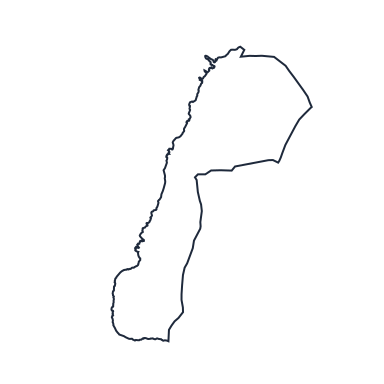 outline of Domoni, Andjouân, Comoros, rotated 218°
{"feature_id": "10938185B41806506469500", "entity_name": "Domoni", "entity_type": "district", "adm_level": 2, "iso_a3": "COM", "parent_name": "Comoros", "parent_adm1": "Andjouân", "projection": "albers", "projection_center": [44.503, -12.179], "detail": "fine", "context": "isolated", "style": "outline", "palette": "slate", "viewbox_px": 384, "rotation_deg": 218, "n_neighbors": 0, "source": "geoboundaries", "source_scale": "gbopen_adm2", "svg_char_len": 6010}
<svg xmlns="http://www.w3.org/2000/svg" viewBox="0 0 384 384"><g transform="rotate(218 192 192)"><path d="M243.4,336.2L244.3,334.6L244.5,333.5L244.5,332.2L245.2,331.1L245.8,330.4L247.8,329.0L248.8,328.1L249.1,326.0L248.8,322.8L249.2,321.1L249.3,319.5L252.0,315.9L253.3,315.0L254.1,314.0L254.2,313.4L253.8,311.3L254.8,311.4L255.1,311.3L255.1,310.9L253.9,309.8L254.0,308.9L253.9,308.4L254.2,307.9L254.4,307.8L255.1,307.9L255.8,308.6L257.1,308.9L259.9,308.2L260.8,308.5L261.6,308.2L263.2,308.4L265.0,307.9L265.3,307.2L264.4,306.4L263.3,305.9L262.6,305.9L261.4,306.4L261.0,306.4L259.8,306.0L257.6,305.9L257.0,305.2L256.6,305.2L256.4,305.0L256.2,304.2L255.9,304.0L254.6,304.2L254.1,304.7L252.7,304.4L252.2,304.9L251.8,305.0L251.5,304.8L251.3,304.5L251.4,303.9L251.2,303.5L251.2,303.2L251.6,302.8L252.0,301.9L252.5,301.8L253.5,302.1L253.6,301.9L253.6,301.2L254.5,300.6L254.5,299.9L254.4,299.6L253.8,299.1L253.9,298.7L253.6,298.4L253.1,298.2L253.4,296.0L254.0,295.5L255.3,295.8L257.0,295.5L256.6,295.1L255.5,294.8L254.7,294.7L253.9,295.0L253.7,294.9L253.3,293.8L253.2,291.1L253.6,289.9L253.3,288.5L253.4,287.6L254.1,286.4L254.9,287.1L255.7,287.2L256.5,286.9L256.7,286.4L256.5,286.2L255.5,285.9L254.9,285.1L254.0,285.4L253.5,285.9L253.0,285.7L252.4,285.9L252.1,285.6L252.3,285.1L251.3,284.5L251.2,284.2L251.5,283.1L250.8,280.8L250.9,279.0L249.8,276.3L249.0,275.9L248.7,275.3L248.3,274.4L248.2,272.7L247.8,271.9L247.1,271.1L247.0,269.9L246.5,269.0L246.4,268.4L245.7,266.9L245.7,266.4L245.9,265.6L246.7,263.5L247.0,263.4L247.3,263.5L247.6,263.4L248.1,262.7L248.8,261.4L248.2,259.3L247.3,258.4L246.7,258.6L246.1,257.9L245.2,256.0L244.1,255.6L243.9,255.3L243.0,252.1L242.8,251.7L242.5,251.5L241.6,251.4L240.6,251.0L240.1,250.9L239.2,250.1L238.9,248.4L238.9,247.8L239.3,247.3L239.2,247.1L238.4,247.1L238.2,246.6L238.2,246.3L238.4,246.0L239.5,245.1L239.4,243.8L238.9,243.8L238.8,243.4L238.3,243.3L238.2,242.9L237.4,238.8L237.3,237.2L237.1,236.8L236.5,235.9L235.9,235.5L235.7,235.1L235.7,232.7L235.4,232.2L235.4,228.9L235.9,227.2L236.7,226.1L237.5,225.3L237.9,224.4L237.9,223.0L238.1,221.2L237.8,219.4L237.5,219.0L236.2,218.2L235.3,217.4L234.2,215.2L233.7,214.4L233.6,213.5L233.9,213.2L234.9,213.3L236.4,212.2L236.2,211.7L236.4,211.6L236.3,211.3L236.5,210.7L236.3,210.6L236.4,210.2L235.7,210.2L235.4,209.9L234.6,209.7L234.3,209.3L234.6,208.8L234.5,208.4L233.5,208.0L234.2,207.5L234.1,207.4L234.1,207.1L234.6,206.6L234.6,206.3L234.3,205.9L234.5,205.6L234.3,205.3L234.4,205.1L234.3,204.5L233.9,204.3L233.8,203.8L233.3,203.7L232.8,203.9L232.5,203.7L231.7,202.3L231.4,200.9L230.9,200.6L229.8,199.6L228.0,194.2L227.8,191.7L223.5,188.4L222.4,187.1L222.0,186.1L219.7,184.0L218.7,182.5L216.6,177.5L215.6,174.8L214.7,171.4L213.2,168.9L212.9,166.1L213.2,165.4L213.1,165.1L213.2,164.0L213.0,163.7L211.8,162.9L210.6,160.0L210.2,158.7L210.1,157.3L209.3,156.4L209.3,155.8L210.9,153.9L210.8,152.9L210.9,152.5L211.5,151.7L211.5,151.2L211.4,150.8L210.8,150.1L209.1,148.9L208.8,147.4L209.1,146.8L209.1,146.5L209.0,146.1L208.1,145.9L207.4,143.9L207.5,143.2L207.1,142.6L207.2,141.3L207.4,141.1L207.5,140.5L208.5,139.8L208.6,139.4L208.3,139.0L207.4,138.8L207.2,138.5L206.6,138.5L206.4,138.0L206.9,137.2L207.3,136.2L207.2,135.0L208.4,133.4L208.5,133.1L208.4,132.8L208.0,132.6L207.5,131.2L206.5,130.6L206.1,130.0L206.6,129.1L206.7,127.4L206.4,125.6L205.7,125.1L204.1,124.8L202.1,124.5L200.5,124.6L200.2,124.4L199.8,123.8L200.3,123.2L201.5,123.0L201.2,122.3L201.4,122.2L202.1,122.2L202.6,121.7L202.3,121.3L202.5,120.7L202.0,120.0L202.1,119.3L201.7,118.7L202.2,118.1L202.7,118.0L202.7,116.7L201.6,116.0L201.4,116.1L201.1,115.9L200.7,115.9L200.4,115.4L199.6,115.4L199.6,115.1L200.5,114.7L201.1,114.1L201.7,114.5L202.3,114.3L202.3,112.7L201.1,112.2L201.1,111.5L200.8,111.1L200.2,111.0L199.7,111.1L198.3,111.3L197.4,111.7L197.3,111.0L195.5,109.2L194.0,108.2L193.4,108.1L192.7,107.8L191.9,107.8L190.9,106.5L191.0,104.3L190.4,103.3L190.1,102.2L189.7,101.8L189.6,101.0L189.9,99.7L190.4,99.1L190.5,98.5L191.1,97.5L191.1,96.9L191.5,96.3L192.5,95.6L192.7,95.2L193.0,93.6L193.7,93.1L194.0,92.5L194.3,92.3L194.3,92.0L194.8,91.9L195.3,91.6L195.4,91.1L195.7,91.0L195.9,90.3L196.9,89.5L197.0,89.2L197.9,88.2L198.0,87.5L198.4,86.8L198.9,84.9L199.0,83.9L199.2,78.7L198.9,77.8L199.1,77.0L199.0,76.3L198.4,75.3L198.3,74.7L197.8,74.2L197.5,73.4L197.2,73.4L197.1,73.1L196.3,72.8L196.0,72.5L195.0,70.5L195.3,69.8L195.2,69.4L192.9,66.3L192.9,65.4L193.1,65.1L192.2,63.5L191.9,63.0L191.4,62.8L190.5,61.8L189.3,61.6L189.0,60.5L188.6,60.4L187.6,59.5L186.9,58.1L185.8,56.8L185.2,55.2L184.5,54.6L184.3,54.0L183.7,53.4L183.6,53.0L184.0,52.5L183.9,51.1L183.1,49.8L182.2,49.3L181.7,49.3L181.1,49.7L180.7,49.5L180.3,48.2L179.6,47.6L179.6,47.1L178.9,46.7L178.7,45.9L178.3,46.0L178.2,44.2L177.9,43.8L176.7,43.3L175.6,42.4L175.1,41.9L174.4,40.6L174.0,40.5L172.5,39.4L172.0,38.6L168.9,37.3L166.4,36.0L163.6,35.3L162.9,35.3L161.6,34.9L156.9,36.5L154.9,36.7L151.4,37.5L150.5,38.0L149.0,39.4L147.6,39.3L147.2,39.5L145.6,39.8L145.4,40.0L145.2,40.8L143.7,41.7L142.4,42.6L142.2,43.4L141.0,44.5L140.7,46.1L140.4,46.7L139.8,46.7L139.7,47.5L139.2,48.0L137.9,48.6L136.7,48.9L136.0,49.2L134.6,50.5L134.2,51.3L133.5,51.7L132.8,52.5L131.9,52.6L130.4,53.2L130.1,53.6L129.5,55.0L129.3,55.2L127.8,55.7L125.6,57.0L124.9,56.8L124.2,57.1L123.5,57.0L123.1,57.1L122.2,58.3L121.8,58.6L120.2,59.5L118.7,59.9L125.3,69.2L125.9,74.2L126.1,79.4L125.1,84.4L125.1,91.8L128.1,95.4L133.8,100.5L137.3,105.0L142.3,112.3L148.0,121.0L151.2,127.8L151.9,132.8L156.8,148.2L160.5,154.9L162.9,168.1L164.1,170.3L166.9,173.4L172.5,183.0L177.2,187.8L180.3,189.8L187.4,195.6L195.7,204.3L198.7,205.4L198.2,209.6L192.4,214.1L190.2,220.7L182.8,226.8L173.9,233.3L173.8,238.6L151.4,264.1L147.9,267.0L142.2,268.2L142.4,270.3L143.3,273.9L144.8,278.3L147.4,286.6L151.1,307.5L152.1,315.1L151.4,322.4L150.3,331.2L150.0,332.7L154.3,335.0L159.7,338.4L167.1,340.8L182.6,345.3L190.2,347.3L195.9,349.1L210.5,349.0L220.9,342.3L225.5,338.4L230.5,334.7L236.8,328.7L238.3,336.2L243.4,336.2Z" fill="none" stroke="#1e293b" stroke-width="2"/></g></svg>